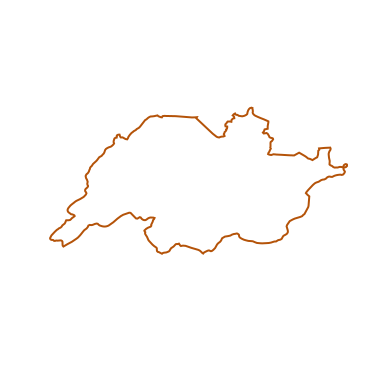 Rabai, Coast, Kenya (Equal Earth projection), rotated 236°
{"feature_id": "3690345B74333595130890", "entity_name": "Rabai", "entity_type": "district", "adm_level": 2, "iso_a3": "KEN", "parent_name": "Kenya", "parent_adm1": "Coast", "projection": "equal_earth", "projection_center": [39.614, -3.885], "detail": "fine", "context": "isolated", "style": "outline", "palette": "amber", "viewbox_px": 384, "rotation_deg": 236, "n_neighbors": 0, "source": "geoboundaries", "source_scale": "gbopen_adm2", "svg_char_len": 6087}
<svg xmlns="http://www.w3.org/2000/svg" viewBox="0 0 384 384"><g transform="rotate(236 192 192)"><path d="M189.5,286.6L190.3,288.7L191.1,289.0L192.0,288.5L193.0,287.5L194.1,286.9L195.6,287.2L197.9,287.3L199.2,286.8L199.9,285.2L200.4,284.2L201.6,284.0L202.0,285.4L202.7,286.4L203.3,287.2L202.1,290.1L204.3,291.6L207.2,294.4L207.9,294.8L211.9,292.3L214.5,290.5L217.4,288.6L219.9,287.1L220.9,286.7L221.8,286.5L222.9,286.4L223.9,286.7L224.9,287.6L226.2,288.3L227.2,288.6L227.8,289.1L228.7,288.4L229.1,286.8L228.9,285.7L228.3,284.3L227.3,282.9L225.8,281.4L225.6,280.3L225.7,279.1L226.0,277.6L226.7,275.9L229.0,273.4L230.5,272.8L231.1,272.0L231.9,271.5L233.0,271.6L233.1,270.0L232.7,268.6L231.9,268.9L230.7,268.9L229.5,268.3L229.9,267.4L229.9,266.3L229.6,265.1L228.2,263.9L229.3,262.8L229.8,261.9L230.4,261.2L230.2,259.9L229.7,258.9L229.5,257.7L228.9,257.0L227.7,256.5L226.6,257.8L225.7,257.2L224.9,256.3L224.8,255.2L224.1,255.0L223.6,253.9L223.4,252.5L222.8,251.9L222.2,250.7L221.1,250.6L220.2,250.3L220.4,249.2L221.3,247.6L221.8,246.3L222.0,245.0L222.8,244.2L223.5,243.6L224.3,243.2L228.7,241.8L230.0,241.5L250.7,236.8L251.3,237.9L252.1,236.4L253.8,233.7L263.9,221.0L269.4,213.2L270.6,211.6L271.3,210.0L270.7,208.8L271.3,208.1L273.6,206.5L274.8,206.2L276.0,203.1L276.8,201.5L277.8,199.8L278.0,198.4L278.0,196.8L277.7,194.9L277.8,193.3L275.2,185.4L274.9,183.8L275.1,181.2L274.8,180.2L275.0,177.5L274.8,176.3L274.8,175.0L274.2,172.6L273.3,170.2L272.5,169.1L271.9,167.7L273.1,166.5L276.1,165.0L277.0,163.5L278.1,163.4L280.1,164.0L280.7,163.0L281.0,162.0L280.7,161.1L279.9,160.7L279.2,159.9L279.8,159.0L279.7,157.6L278.1,155.6L277.2,154.9L275.9,154.6L275.4,153.6L275.2,152.6L275.0,151.2L275.0,150.0L275.6,147.9L275.8,146.3L275.8,144.7L275.4,143.5L273.8,141.4L273.2,140.2L272.9,138.6L272.5,137.3L272.7,134.5L272.2,133.1L271.7,131.7L271.3,130.4L271.1,129.2L270.6,125.7L269.6,123.3L269.5,122.2L269.0,121.0L268.1,120.1L267.5,119.0L266.8,118.2L266.1,116.9L265.8,115.7L265.7,114.5L265.3,113.6L264.7,112.7L264.0,112.5L263.3,112.1L262.5,111.9L260.9,111.8L258.8,111.2L258.2,110.6L257.3,109.7L256.2,109.3L255.4,109.3L254.7,108.8L254.3,107.7L254.0,105.5L253.5,104.6L252.7,104.0L251.9,103.9L251.1,104.0L250.0,103.8L249.2,102.6L248.8,100.9L248.5,99.4L248.7,95.3L249.3,91.1L249.3,89.8L248.9,84.7L248.7,83.4L248.0,81.0L247.6,80.0L247.0,79.1L246.0,78.4L244.8,78.2L243.9,78.4L242.2,79.0L241.2,79.3L240.3,80.3L239.4,80.9L238.5,81.4L237.7,81.3L237.5,79.9L237.5,78.6L237.4,77.4L237.1,76.4L237.0,75.2L237.6,73.9L238.9,71.9L238.3,70.9L237.5,69.8L237.0,68.7L236.9,67.1L236.8,65.8L236.2,64.6L236.0,63.4L236.1,62.2L236.3,61.2L236.1,60.1L236.2,58.8L235.7,55.9L234.6,51.2L233.1,48.5L232.0,48.2L231.0,48.6L230.5,49.3L229.7,50.1L228.7,50.3L228.1,51.0L227.7,52.3L226.8,53.4L225.5,55.8L224.9,56.5L224.0,56.9L223.2,56.8L220.8,55.3L219.8,54.8L218.7,54.9L218.6,56.4L218.4,59.7L217.9,64.5L217.9,69.9L218.0,71.9L218.6,74.7L219.0,76.1L220.2,79.9L220.6,81.4L220.7,84.2L221.2,85.9L222.1,87.3L221.9,88.8L221.0,89.8L220.5,90.7L220.1,92.1L219.9,93.4L219.5,94.5L219.1,95.4L218.3,96.1L217.1,96.3L216.0,96.7L214.4,97.9L213.5,98.7L212.6,99.7L212.0,100.6L211.4,101.8L211.0,103.1L210.8,104.1L210.9,108.5L210.9,109.7L211.6,115.3L211.8,119.7L211.7,120.8L211.6,122.2L210.0,128.2L209.5,129.0L208.7,129.5L207.9,129.6L202.4,130.6L201.4,130.8L200.5,131.8L200.4,133.0L200.4,134.5L199.7,135.2L197.9,135.3L196.7,135.7L195.5,136.5L194.8,137.5L194.6,138.5L194.7,141.1L194.5,142.1L194.2,143.1L192.4,145.6L191.4,146.4L190.8,145.4L190.4,143.9L189.5,143.0L188.6,141.5L188.0,140.4L187.5,139.7L186.8,139.4L186.4,138.4L187.0,135.5L187.1,133.4L186.9,132.3L186.7,131.0L185.9,130.7L184.8,130.8L184.2,130.1L183.2,129.7L179.8,129.6L176.7,129.0L175.8,129.0L170.5,129.8L168.3,130.4L165.7,131.4L164.9,131.3L163.9,130.6L162.7,130.0L161.6,130.1L160.7,130.9L157.6,132.6L157.7,133.7L157.4,134.7L156.9,135.7L156.3,136.8L156.0,138.0L155.7,139.6L155.9,140.7L156.5,141.7L157.1,143.3L157.1,146.3L157.8,149.3L157.3,150.5L156.7,151.2L156.5,152.3L154.3,152.3L153.4,152.6L152.9,153.9L152.4,154.8L150.9,156.6L146.1,160.2L140.7,164.7L139.6,165.4L138.7,165.8L136.6,166.3L135.4,166.5L134.7,166.9L135.1,167.9L135.0,169.3L134.6,172.1L134.1,173.4L132.3,174.6L132.0,175.7L132.1,177.3L132.6,179.8L134.5,183.5L134.9,185.2L135.0,187.4L135.5,189.0L136.2,190.1L136.8,191.1L136.7,192.9L136.6,194.4L135.2,197.4L134.4,199.5L134.3,201.3L133.8,203.1L133.1,204.5L132.7,205.7L132.1,206.4L130.5,207.0L128.6,206.2L127.9,206.2L127.0,206.4L125.5,207.1L123.5,208.3L121.9,209.6L120.0,211.3L117.8,214.1L117.1,214.9L115.2,216.1L113.5,217.3L111.6,219.6L110.1,221.6L106.8,227.1L105.9,229.2L104.9,232.6L104.0,234.0L103.9,236.6L103.5,237.5L103.1,238.6L103.0,240.1L104.4,242.8L104.5,244.0L104.3,245.6L104.3,247.3L104.7,248.3L105.2,249.1L106.0,249.6L106.8,250.0L110.6,251.2L111.5,252.4L113.2,256.7L112.9,260.0L112.5,262.3L110.8,267.8L110.4,269.8L110.8,271.5L110.8,272.8L111.4,274.0L114.5,279.9L115.4,280.9L122.8,286.8L125.0,286.2L127.4,285.8L127.9,286.8L128.7,289.5L130.2,296.1L130.5,298.4L130.5,299.4L130.3,300.6L129.7,302.7L129.6,305.8L129.2,307.2L128.4,308.8L128.2,310.6L128.5,311.9L128.5,312.9L128.2,314.1L127.6,315.0L126.8,315.7L126.1,316.8L125.8,319.2L125.2,321.1L124.5,322.7L123.5,324.6L122.4,325.7L122.0,327.0L122.3,328.3L122.8,329.5L123.5,330.2L125.5,330.2L126.5,330.5L127.4,331.1L127.0,332.3L126.6,333.6L126.9,335.1L128.1,335.8L129.1,335.2L129.4,334.2L129.3,332.9L128.1,331.1L128.8,330.2L129.6,329.4L130.3,328.3L130.6,327.2L131.0,326.2L131.8,325.1L132.4,324.0L133.6,323.1L134.9,322.8L135.8,322.3L136.8,321.7L137.9,321.4L138.9,322.1L140.0,323.0L140.9,323.6L143.7,324.7L146.7,326.3L147.4,326.8L148.1,327.6L148.9,328.7L149.2,329.6L149.7,330.5L150.5,331.2L151.5,331.4L154.5,326.4L157.1,321.7L155.9,321.2L155.6,319.8L152.5,317.4L150.8,315.2L151.0,313.5L151.1,309.7L152.2,309.1L153.6,308.2L154.8,307.0L157.2,306.3L158.9,305.6L164.7,302.8L165.2,297.1L168.2,293.0L172.7,287.1L175.7,283.1L177.7,280.7L178.4,278.3L179.8,276.9L180.9,276.3L181.7,277.3L182.2,278.7L183.0,279.8L183.9,281.6L185.0,281.7L185.7,282.4L186.5,283.0L188.8,284.5L189.5,285.3L189.5,286.6Z" fill="none" stroke="#b45309" stroke-width="2"/></g></svg>